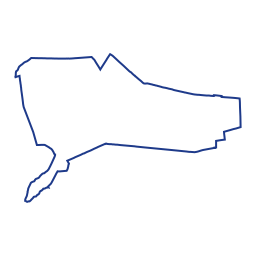 outline of Moldoveni, Neamt, Romania
{"feature_id": "2599482B40239135876534", "entity_name": "Moldoveni", "entity_type": "district", "adm_level": 2, "iso_a3": "ROU", "parent_name": "Romania", "parent_adm1": "Neamt", "projection": "albers", "projection_center": [26.778, 46.815], "detail": "fine", "context": "isolated", "style": "outline", "palette": "blue", "viewbox_px": 256, "rotation_deg": 0, "n_neighbors": 0, "source": "geoboundaries", "source_scale": "gbopen_adm2", "svg_char_len": 5350}
<svg xmlns="http://www.w3.org/2000/svg" viewBox="0 0 256 256"><path d="M190.8,151.9L192.1,152.0L194.7,152.2L195.7,152.0L196.9,151.8L198.4,151.4L201.5,150.4L203.0,150.0L211.7,148.4L213.8,148.0L214.7,148.0L214.6,147.6L216.1,147.5L216.1,140.9L221.0,140.1L224.8,139.6L224.4,135.9L224.1,133.3L224.0,131.8L230.4,130.0L233.4,129.1L236.0,128.5L240.6,127.1L240.4,116.4L240.0,107.2L239.9,102.5L239.8,100.7L239.6,98.5L238.1,98.3L234.2,97.9L230.3,97.6L228.9,97.5L224.3,97.2L224.0,97.1L223.2,97.1L221.9,97.0L222.0,96.6L221.3,96.4L221.4,96.0L219.9,95.8L216.5,95.4L214.5,95.2L214.0,95.2L214.1,95.9L213.7,96.0L210.8,95.8L208.8,95.5L207.4,95.5L206.1,95.5L202.7,95.2L200.6,95.0L199.0,94.8L197.8,94.8L194.8,94.5L192.9,94.2L191.6,93.9L190.1,93.6L187.3,93.0L185.2,92.5L184.8,92.5L183.7,92.2L174.2,90.1L173.2,89.8L172.8,89.6L172.3,89.4L168.5,88.6L167.5,88.3L167.1,88.2L164.9,87.7L164.5,87.7L162.6,87.3L161.5,87.0L161.1,86.8L160.6,86.7L159.2,86.3L158.4,86.1L157.9,86.0L157.0,85.7L156.6,85.6L155.9,85.5L154.8,85.2L154.6,85.1L153.4,84.9L152.2,84.5L149.9,84.0L149.3,83.8L148.2,83.6L147.3,83.4L145.0,83.6L143.8,83.4L143.6,83.3L142.8,82.7L141.1,81.1L138.4,78.9L136.0,76.8L135.9,76.7L135.6,76.5L135.4,76.4L135.2,76.3L135.0,75.8L134.9,75.7L134.3,75.4L133.7,74.9L132.7,74.0L130.9,72.2L130.5,72.0L130.2,71.9L129.2,71.1L123.6,65.8L121.7,64.1L119.1,61.8L115.7,58.6L113.0,56.1L112.4,55.6L111.3,54.9L110.1,54.2L109.7,54.8L109.3,55.3L108.7,56.3L108.2,57.0L107.3,58.4L106.9,59.0L106.6,59.6L102.7,65.7L101.3,67.9L101.0,68.4L100.7,68.8L100.3,69.5L98.7,66.8L96.4,63.2L96.2,62.9L94.6,60.2L94.2,59.6L93.6,59.1L91.6,57.0L79.5,57.9L76.7,58.1L75.0,58.2L74.1,58.3L71.4,58.5L69.4,58.6L68.3,58.5L67.7,58.6L66.9,58.5L66.1,58.6L64.6,58.6L61.7,58.6L60.9,58.6L60.2,58.6L59.3,58.6L54.1,58.5L53.7,58.5L51.1,58.4L47.0,58.4L45.4,58.3L41.1,58.2L40.5,58.2L39.6,58.2L38.6,58.2L38.0,58.2L37.0,58.1L35.0,58.1L31.2,58.0L30.9,58.3L30.6,58.5L30.1,59.0L29.7,59.3L29.4,59.6L29.1,59.8L27.3,61.1L26.5,61.5L26.2,61.6L25.9,61.7L25.5,61.8L24.1,62.6L23.6,63.0L23.2,63.4L22.6,63.9L22.3,64.2L21.9,64.5L21.1,65.0L20.3,65.7L19.8,66.1L19.5,66.4L19.2,66.6L18.5,68.0L18.3,68.5L18.0,69.4L17.9,69.6L17.7,70.0L17.0,70.7L16.4,71.2L16.1,71.4L16.1,71.5L16.0,72.0L15.9,72.5L15.8,72.8L15.8,73.0L15.8,74.4L15.7,75.2L15.7,75.8L15.6,76.1L15.4,76.5L15.4,76.9L15.5,77.2L15.9,77.1L16.2,76.9L16.4,76.8L19.5,75.9L19.6,77.0L19.8,78.4L19.9,78.7L19.9,79.0L19.9,79.3L20.0,80.0L20.2,81.4L20.4,82.5L20.4,82.9L20.8,85.3L20.9,86.2L20.9,86.8L21.1,87.6L21.2,89.0L21.3,90.1L21.4,90.8L21.8,93.6L22.5,98.8L22.9,102.0L23.1,103.9L23.3,105.1L23.7,107.1L33.2,132.0L36.9,145.0L38.9,145.0L40.7,144.9L44.4,144.9L44.9,145.0L45.1,145.1L49.1,147.4L49.5,147.8L49.8,148.0L50.8,148.6L51.2,148.8L51.5,149.1L51.9,149.6L52.2,149.9L52.6,150.6L53.1,151.4L53.5,152.1L54.1,153.5L54.4,154.1L54.6,154.3L54.7,154.5L54.9,154.6L55.1,154.6L55.1,155.1L55.0,155.6L54.4,157.2L54.2,157.6L51.6,163.3L50.0,166.6L49.3,167.9L49.0,168.6L48.3,169.7L48.1,169.9L47.5,170.6L47.0,171.1L45.6,172.0L45.2,172.4L44.6,172.9L44.3,173.2L44.1,173.2L43.6,173.3L42.7,173.6L42.3,173.9L42.0,174.1L40.3,175.8L40.1,176.0L39.9,176.3L39.5,176.9L39.1,177.4L38.7,177.8L38.3,178.0L37.9,178.2L37.1,178.5L36.2,178.8L35.7,179.1L35.5,179.3L35.0,179.9L34.7,180.6L34.5,180.9L34.3,181.2L34.2,181.3L33.7,181.4L33.4,181.5L31.8,182.2L31.6,182.3L31.2,182.6L30.8,183.0L30.7,183.2L30.6,183.5L30.4,183.9L29.7,185.4L29.1,186.6L28.9,187.1L28.6,187.7L28.4,188.2L28.2,188.7L28.1,189.6L28.0,190.0L27.9,190.4L27.8,190.7L27.8,190.9L27.6,191.7L27.5,191.9L27.6,192.5L27.5,192.8L27.3,193.6L27.2,194.2L26.9,195.5L26.8,195.9L26.7,196.2L25.8,198.1L25.6,198.5L25.4,199.1L25.2,199.8L25.2,200.2L25.2,200.8L25.5,200.8L25.8,201.0L26.2,201.3L26.5,201.6L26.9,201.7L27.1,201.8L27.4,201.8L27.6,201.7L27.9,201.6L28.2,201.4L28.4,201.4L28.9,201.3L29.1,201.4L29.3,201.4L29.5,201.3L29.8,201.2L30.1,200.9L30.9,200.2L31.2,199.8L31.3,199.6L31.6,199.4L32.2,198.8L32.5,198.5L33.3,197.6L33.5,197.3L33.7,196.9L33.9,196.8L34.3,196.7L34.8,196.6L35.7,196.5L36.1,196.4L36.5,195.9L37.1,195.1L37.3,194.9L37.5,194.7L37.9,194.7L38.2,194.5L38.5,194.3L38.9,193.9L39.2,193.5L39.3,193.3L39.5,192.5L39.8,191.8L39.9,191.7L40.2,191.4L40.4,191.1L40.5,191.0L40.8,190.9L41.0,190.8L41.3,190.8L41.5,190.7L41.6,190.4L42.1,190.1L42.8,189.5L43.0,189.2L43.1,188.9L43.3,188.7L43.5,188.7L44.4,188.6L44.6,188.6L44.8,188.5L45.3,188.3L45.9,187.9L46.2,187.8L46.4,187.7L47.3,187.6L47.5,187.5L47.7,187.4L47.8,187.3L48.2,187.3L48.5,187.4L48.3,186.9L47.9,186.7L49.4,185.2L51.0,183.6L51.7,182.3L51.8,182.2L55.2,175.7L55.9,174.3L56.2,173.7L57.6,171.3L58.3,171.4L60.0,171.4L62.0,171.2L66.6,170.8L66.7,170.5L67.0,170.1L67.2,169.9L67.3,169.7L67.4,169.4L67.8,168.3L67.8,168.1L67.9,167.8L67.9,167.5L68.2,166.7L68.3,165.6L68.5,165.0L68.5,164.7L68.6,164.3L68.8,164.0L68.9,163.9L69.0,163.8L69.0,163.7L67.3,160.7L70.4,159.4L73.9,157.9L75.2,157.2L80.6,154.9L82.0,154.2L82.9,153.7L83.4,153.6L83.9,153.4L84.5,153.3L85.2,152.8L85.3,152.8L86.9,152.0L88.9,151.2L89.9,150.8L91.1,150.3L91.3,150.1L91.6,150.0L92.5,149.6L93.6,149.0L97.2,147.4L97.7,147.1L100.2,146.0L105.5,143.7L105.8,143.7L105.9,143.8L106.0,143.7L106.3,143.6L106.7,143.7L107.3,143.9L107.7,144.0L110.3,144.2L110.8,144.1L112.7,144.4L113.6,144.4L116.2,144.7L117.4,144.7L120.7,145.1L123.0,145.3L134.5,146.3L136.5,146.6L145.4,147.5L170.3,149.9L182.4,151.1L186.4,151.5L188.6,151.8L189.8,151.9L190.8,151.9Z" fill="none" stroke="#1e3a8a" stroke-width="2"/></svg>